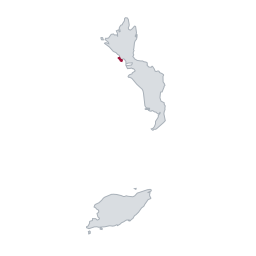 location of Kuala Penyu, Sabah, Malaysia, rotated 276°
{"feature_id": "92858781B3182463940033", "entity_name": "Kuala Penyu", "entity_type": "district", "adm_level": 2, "iso_a3": "MYS", "parent_name": "Malaysia", "parent_adm1": "Sabah", "projection": "albers", "projection_center": [115.505, 5.445], "detail": "fine", "context": "in_parent", "style": "filled", "palette": "rose", "viewbox_px": 256, "rotation_deg": 276, "n_neighbors": 0, "source": "geoboundaries", "source_scale": "gbopen_adm2", "svg_char_len": 4312}
<svg xmlns="http://www.w3.org/2000/svg" viewBox="0 0 256 256"><g transform="rotate(276 128 128)"><path d="M218.7,127.4L217.3,127.2L215.4,126.0L213.4,125.5L207.7,125.5L206.8,125.2L205.7,125.9L203.7,125.3L202.6,125.4L201.3,126.1L199.5,125.4L198.6,126.5L197.5,127.2L196.2,130.0L196.0,133.5L196.2,135.6L195.6,136.7L195.4,139.1L194.9,140.2L193.3,140.6L192.6,140.3L191.2,141.8L190.8,142.4L190.8,144.7L191.9,145.4L191.9,145.9L189.5,147.9L187.4,149.0L187.1,150.0L187.9,152.0L187.6,153.0L186.5,153.5L185.7,156.1L184.7,157.8L184.3,157.9L182.9,157.4L177.5,158.1L175.9,159.5L174.3,160.3L173.1,159.5L172.5,159.6L167.4,158.1L167.2,156.8L166.7,156.6L161.4,156.6L158.2,158.0L156.9,161.3L155.2,161.6L153.9,162.7L151.6,162.6L150.2,162.9L148.0,162.3L145.9,162.2L139.2,164.3L137.1,162.8L130.6,156.8L129.7,155.8L129.5,154.0L128.8,153.6L128.5,153.2L128.4,152.6L129.5,151.2L130.5,153.1L132.1,154.1L134.9,154.9L137.5,154.7L141.2,156.6L142.4,157.0L143.6,156.8L145.9,158.3L147.3,158.4L145.5,157.4L145.2,156.6L145.4,155.7L146.6,154.5L146.8,152.7L147.7,150.9L147.9,150.1L147.2,149.4L147.1,148.3L147.6,146.7L148.8,147.5L149.9,147.4L149.9,144.5L150.7,143.3L151.9,142.5L164.5,139.7L166.5,139.0L167.9,138.2L172.4,132.2L177.8,126.6L178.5,124.6L178.5,123.2L178.8,122.9L179.4,122.7L180.6,123.4L181.2,124.0L182.3,126.4L183.3,126.5L185.1,128.8L185.5,129.1L186.0,128.9L187.4,127.5L187.7,126.4L187.4,126.2L188.1,124.9L187.5,124.1L187.0,121.3L190.2,119.3L190.2,121.6L191.1,125.0L192.6,125.5L193.4,125.3L193.0,124.2L192.8,122.2L192.4,120.9L191.4,119.3L194.1,118.9L196.1,117.1L196.4,115.9L195.1,115.3L194.6,114.4L194.6,113.5L196.6,111.4L196.9,112.0L198.2,112.1L198.8,112.1L199.7,111.2L200.1,110.0L201.7,108.2L202.6,105.4L206.6,101.0L209.7,95.8L210.3,96.2L210.5,97.6L209.8,100.1L211.2,99.5L213.6,96.0L215.0,96.5L214.9,97.5L215.5,99.3L219.4,101.5L220.0,103.8L219.1,104.7L219.4,106.8L219.1,107.5L217.8,108.2L221.3,107.5L223.4,106.2L224.7,108.4L222.7,109.2L223.1,110.1L225.0,109.6L226.2,108.8L227.3,109.0L229.1,109.9L229.7,110.4L230.0,111.4L231.4,111.8L234.1,113.2L236.6,113.2L237.4,113.9L237.4,115.8L236.1,116.9L230.9,118.4L229.6,118.4L227.7,117.8L226.3,118.2L225.5,120.0L227.1,121.8L229.7,123.6L230.1,124.1L229.6,125.0L223.6,126.5L222.3,126.3L220.1,125.5L218.7,127.4ZM23.8,99.7L24.5,97.2L25.5,97.1L26.4,98.6L29.5,99.8L30.5,99.5L30.9,99.7L31.4,100.1L32.2,102.2L34.2,102.2L34.4,105.5L33.4,106.7L33.3,107.5L34.7,109.1L35.6,108.7L36.4,107.4L39.7,106.1L41.1,107.6L42.3,107.6L43.3,107.1L44.0,105.4L45.3,104.1L45.9,102.5L47.8,103.0L48.5,103.4L50.6,106.9L53.4,109.4L55.6,110.8L56.8,112.1L60.3,118.5L60.6,120.5L60.7,123.6L60.1,128.3L59.4,130.6L59.5,131.7L60.4,133.4L60.1,135.0L60.1,140.0L61.2,141.8L64.2,144.0L68.6,153.7L69.3,156.4L68.9,157.5L68.0,157.7L67.4,157.2L66.9,155.8L65.9,154.8L66.0,156.7L64.0,156.4L62.6,156.7L61.0,157.9L60.2,158.0L58.9,155.5L53.7,152.6L51.8,151.9L49.9,149.8L45.4,147.3L42.6,145.0L41.4,143.6L38.5,142.3L37.3,140.8L36.0,140.0L36.7,138.6L36.2,135.9L34.2,133.4L33.2,131.6L31.3,129.9L29.8,127.7L30.7,127.1L29.3,124.8L28.8,123.1L28.9,120.0L27.4,115.5L26.2,109.4L26.5,107.3L26.2,105.0L23.8,99.7ZM213.8,93.8L213.1,94.4L212.9,92.7L213.8,91.9L215.1,91.7L215.2,93.2L214.8,93.6L213.8,93.8ZM20.8,99.4L21.6,100.6L21.0,101.3L20.5,101.1L19.6,101.6L18.7,100.5L18.6,99.9L19.7,100.0L20.8,99.4ZM149.3,147.0L148.9,147.1L148.4,146.7L148.3,143.3L148.7,143.0L149.2,143.7L149.3,147.0ZM26.0,111.4L25.1,113.0L24.3,112.8L24.5,110.9L25.0,110.7L26.0,111.4ZM222.2,127.2L220.6,127.4L219.5,127.4L219.7,126.5L220.2,126.4L222.2,127.2ZM68.8,142.4L68.0,142.4L67.8,142.0L68.4,140.8L68.8,142.4ZM36.3,138.8L35.7,139.0L35.8,138.3L36.2,137.9L36.3,138.8Z" fill="#d9dde1" stroke="#a8b0b8" stroke-width="1"/><path d="M197.2,112.1L196.9,111.9L196.7,111.8L196.7,111.7L196.7,111.4L196.8,111.4L196.8,111.2L196.7,111.1L196.4,111.2L196.4,111.3L196.3,111.5L196.2,111.6L196.2,111.8L196.1,112.0L195.8,112.2L195.6,112.3L195.3,112.6L195.2,112.6L195.0,112.9L194.8,113.1L194.7,113.2L194.6,113.3L194.4,113.5L194.2,113.5L194.0,113.8L194.0,114.0L193.9,114.2L193.9,114.3L193.9,114.5L193.7,114.7L193.7,114.8L193.9,114.8L194.0,114.8L194.0,114.7L194.1,114.8L194.3,114.9L194.4,115.0L194.5,115.1L194.8,115.1L194.9,114.9L195.0,114.8L195.2,114.7L195.3,114.4L195.3,114.2L195.3,113.7L195.5,113.5L195.8,113.3L196.6,112.3L197.2,112.3L197.2,112.1Z" fill="#f43f5e" stroke="#9f1239" stroke-width="1.5"/></g></svg>